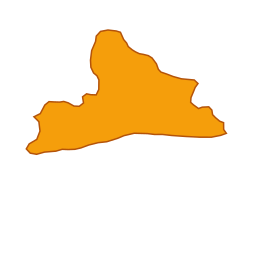 Koma tou Gialou, Cyprus, rotated 36°
{"feature_id": "46923920B1495178663042", "entity_name": "Koma tou Gialou", "entity_type": "district", "adm_level": 2, "iso_a3": "CYP", "parent_name": "Cyprus", "parent_adm1": "", "projection": "orthographic", "projection_center": [34.126, 35.419], "detail": "fine", "context": "isolated", "style": "filled", "palette": "amber", "viewbox_px": 256, "rotation_deg": 36, "n_neighbors": 0, "source": "geoboundaries", "source_scale": "gbopen_adm2", "svg_char_len": 1157}
<svg xmlns="http://www.w3.org/2000/svg" viewBox="0 0 256 256"><g transform="rotate(36 128 128)"><path d="M158.5,50.9L153.4,50.2L146.7,54.2L142.3,56.8L134.3,59.8L127.6,61.6L121.8,63.4L118.1,62.7L113.3,59.4L106.3,57.2L101.9,57.5L97.2,59.4L93.5,61.2L89.4,62.0L85.4,62.3L80.3,62.0L77.0,60.1L72.5,59.0L65.6,55.0L61.5,56.4L54.2,60.5L49.0,66.0L48.3,72.3L50.9,77.1L53.1,86.7L57.8,95.2L62.3,100.7L67.8,103.7L72.2,104.0L76.2,106.2L81.7,114.0L82.8,119.9L78.4,122.9L74.4,124.7L72.9,129.5L77.3,133.9L75.8,139.1L71.4,142.0L64.8,142.8L60.4,144.3L57.5,147.2L53.1,150.2L48.6,153.1L47.2,158.3L47.9,163.1L48.6,167.9L45.3,174.2L52.2,175.3L58.6,182.2L60.9,190.8L57.4,198.9L58.0,204.7L63.7,205.8L69.5,203.0L74.6,196.6L83.3,189.1L87.3,183.9L92.4,180.5L97.6,176.4L101.6,171.8L106.2,164.9L112.5,157.4L118.9,151.6L125.7,142.4L129.2,136.6L136.1,128.6L147.0,121.1L153.3,117.6L159.6,113.0L167.7,108.4L179.7,100.9L191.2,93.4L200.9,86.4L207.3,79.5L210.7,74.5L206.3,73.0L202.2,67.5L198.2,68.6L192.7,68.2L188.6,67.5L185.3,64.2L180.9,63.4L175.8,67.5L173.6,70.8L167.3,70.8L163.6,70.4L161.1,66.4L159.6,60.1L158.5,55.7L158.5,50.9Z" fill="#f59e0b" stroke="#b45309" stroke-width="1.5"/></g></svg>